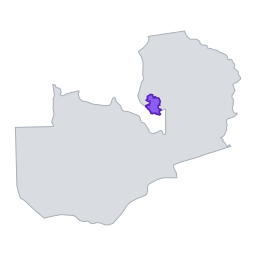 Milengi, Luapula, Zambia (highlighted)
{"feature_id": "96606910B39507061952782", "entity_name": "Milengi", "entity_type": "district", "adm_level": 2, "iso_a3": "ZMB", "parent_name": "Zambia", "parent_adm1": "Luapula", "projection": "albers", "projection_center": [29.078, -11.938], "detail": "fine", "context": "in_parent", "style": "filled", "palette": "violet", "viewbox_px": 256, "rotation_deg": 0, "n_neighbors": 0, "source": "geoboundaries", "source_scale": "gbopen_adm2", "svg_char_len": 6982}
<svg xmlns="http://www.w3.org/2000/svg" viewBox="0 0 256 256"><path d="M176.8,177.8L164.2,177.7L159.6,178.8L155.8,180.3L151.2,182.8L148.6,184.5L147.9,185.4L147.6,187.5L147.6,190.7L147.1,193.1L145.7,195.2L138.9,197.8L134.4,199.9L130.1,202.4L126.8,205.6L124.5,209.6L120.8,214.5L113.0,223.3L108.4,225.0L104.6,224.7L100.0,222.9L96.3,222.6L93.6,223.7L91.1,223.4L88.8,221.6L86.9,221.0L85.3,221.5L83.3,221.4L79.7,220.5L76.5,217.4L74.8,216.1L73.4,215.6L69.7,215.2L61.0,214.6L52.0,216.3L44.2,218.1L36.0,211.3L28.1,204.1L26.4,202.2L23.4,199.8L21.3,198.7L20.4,198.1L18.2,191.6L16.9,185.6L15.4,127.4L51.2,126.6L53.5,126.3L53.6,125.7L51.9,122.6L51.9,121.5L52.3,119.4L53.8,115.1L53.9,113.7L53.1,109.1L53.1,106.6L53.4,101.4L53.1,99.6L53.9,97.3L54.2,95.7L54.5,95.1L54.1,93.3L53.2,87.2L52.8,84.6L54.9,84.9L55.7,86.2L56.1,87.6L57.1,87.6L59.7,88.4L60.6,89.5L61.2,92.0L60.9,93.3L60.1,94.3L60.9,95.2L62.6,95.8L63.6,95.6L66.5,93.8L69.2,93.2L70.5,92.7L76.5,91.5L77.6,90.9L78.5,90.9L79.1,91.4L78.6,93.1L78.4,94.7L79.2,97.6L79.8,99.0L81.0,99.9L81.9,100.4L82.9,101.5L85.0,101.3L89.6,102.7L90.9,103.4L92.9,104.1L94.2,104.3L98.9,104.8L103.9,105.6L106.5,105.6L108.3,105.4L109.6,105.0L110.3,104.5L110.7,104.1L112.5,98.5L113.5,98.0L114.7,97.7L115.4,98.2L116.2,101.8L119.9,104.9L121.1,107.6L122.0,109.8L122.8,110.5L124.1,111.2L126.3,111.5L128.2,111.6L137.9,115.4L139.0,116.1L140.2,118.2L140.9,120.6L141.6,122.4L142.9,122.8L144.0,122.9L145.1,124.2L145.9,125.3L148.8,129.9L149.2,131.7L150.5,132.9L152.4,133.4L154.1,133.5L155.1,132.9L157.6,132.0L159.5,130.9L160.9,130.5L161.7,130.8L162.4,131.5L162.8,133.8L164.1,134.6L165.1,134.3L165.5,133.4L165.6,132.9L165.6,109.0L164.7,109.2L163.6,109.8L161.1,109.9L160.1,110.4L159.7,111.2L159.9,112.2L160.0,113.5L159.6,114.2L158.5,114.4L156.9,113.9L153.9,113.2L151.5,112.8L149.8,111.0L147.4,108.3L145.8,106.9L142.1,104.1L141.4,103.5L140.3,102.2L139.3,100.0L138.3,97.4L137.8,95.7L138.7,93.2L140.9,84.9L141.4,82.3L143.3,79.7L143.4,77.3L142.6,74.3L142.8,72.7L143.1,63.2L142.5,60.2L141.3,56.8L138.6,52.2L138.6,51.2L142.8,48.2L144.0,47.1L146.2,44.6L147.7,42.6L148.6,40.9L149.0,38.7L148.3,36.6L149.7,36.2L184.5,31.0L185.0,32.4L186.0,34.8L187.2,36.5L188.7,38.1L190.0,39.0L190.8,39.3L196.1,39.2L198.1,40.2L199.7,41.3L200.1,43.2L201.2,44.3L202.4,45.2L202.9,45.3L203.8,45.1L205.2,45.1L206.5,45.5L207.2,45.9L207.2,47.4L207.6,48.1L209.4,48.4L211.3,48.6L213.0,49.6L214.9,49.8L217.2,50.3L218.2,51.4L220.5,52.5L223.4,53.6L226.6,55.3L226.6,55.8L227.2,56.8L227.7,57.6L227.7,58.6L228.0,59.6L228.8,59.8L229.5,59.9L230.1,59.2L231.0,59.2L231.9,59.7L232.2,60.8L232.9,62.4L234.1,63.4L234.8,64.4L234.5,66.2L234.0,67.9L235.6,69.5L237.6,71.1L238.2,71.8L238.3,74.1L238.6,74.9L240.0,76.8L240.6,78.1L240.6,78.9L236.8,82.6L234.4,83.1L233.4,83.9L232.8,84.7L234.2,88.5L235.0,90.0L234.3,91.7L232.8,94.8L232.1,95.0L231.9,97.3L232.4,98.2L233.1,98.9L233.4,100.4L233.2,104.3L232.2,108.7L233.9,112.6L234.4,113.1L236.8,113.1L237.2,113.5L236.6,114.5L234.9,116.2L231.9,117.5L227.6,118.9L226.7,120.3L226.1,122.3L226.6,123.5L227.2,124.2L226.9,126.0L226.6,127.8L226.7,129.3L226.4,130.6L225.9,131.2L225.1,133.2L224.2,135.1L223.4,136.0L222.3,136.9L220.6,137.7L220.7,138.1L222.6,139.0L223.1,139.7L223.2,140.1L222.4,141.1L223.3,141.7L224.4,142.2L225.4,143.6L226.5,146.1L226.7,146.3L227.0,146.3L227.7,146.1L228.8,145.1L229.7,144.8L230.7,146.2L212.9,152.1L208.7,153.3L202.4,155.4L200.4,156.1L198.8,156.9L182.2,161.6L179.6,162.5L173.8,164.9L173.6,165.3L173.6,166.4L174.1,168.7L175.2,170.8L176.0,172.0L176.6,175.1L176.8,177.8Z" fill="#d9dde1" stroke="#a8b0b8" stroke-width="1"/><path d="M145.7,105.8L145.7,106.1L145.8,106.3L146.0,106.4L146.0,106.5L145.9,106.6L145.9,106.8L146.0,106.9L146.2,107.0L146.5,107.2L146.6,107.3L146.7,107.5L146.8,107.6L147.0,107.7L147.5,108.6L147.6,108.8L147.9,109.0L148.3,109.1L148.5,109.2L148.8,109.4L149.3,110.0L149.4,110.3L149.7,110.7L149.8,110.9L150.1,111.3L150.3,111.4L150.4,111.6L150.5,111.7L150.4,112.0L150.5,112.3L150.7,112.6L150.9,112.8L151.0,112.9L150.9,113.1L150.9,113.3L151.0,113.5L151.3,113.5L151.5,113.5L151.8,113.6L152.0,113.4L152.3,113.3L152.5,113.4L152.6,113.7L152.8,113.6L153.0,113.5L153.2,113.4L153.4,113.4L153.7,113.2L154.0,113.3L154.3,113.3L154.6,113.3L154.8,113.4L155.0,113.3L155.3,113.3L155.2,113.2L155.3,113.1L155.5,113.0L155.8,113.4L155.9,113.5L156.0,113.5L156.1,113.8L156.0,114.0L156.4,114.2L156.5,114.2L156.6,114.4L156.9,114.4L157.1,114.1L157.3,114.0L157.5,114.1L157.8,114.3L158.0,114.3L158.2,114.5L158.5,114.7L159.2,114.8L159.3,114.9L159.4,115.0L159.5,115.0L159.7,114.8L159.8,114.8L160.0,114.6L160.3,114.5L160.5,114.2L160.5,113.9L160.4,113.7L160.2,113.7L160.1,113.8L159.9,113.8L159.7,113.7L159.5,113.3L159.2,112.5L159.1,112.2L159.5,111.3L159.5,111.0L159.6,110.8L160.0,110.5L160.3,110.4L160.5,110.5L160.8,110.2L160.9,109.9L161.1,109.9L161.0,109.7L160.8,109.4L160.6,109.3L160.3,109.1L160.1,109.1L159.9,109.1L159.5,108.9L159.4,108.9L159.0,109.0L158.9,109.0L158.8,108.9L158.7,108.8L158.6,108.7L158.5,108.4L158.3,107.4L158.0,106.7L158.0,106.4L157.9,106.1L158.1,105.9L158.3,105.7L158.6,105.6L158.8,105.6L159.2,105.4L159.3,105.4L159.8,105.1L159.5,104.9L159.3,104.7L159.2,104.4L159.3,104.2L159.3,103.9L159.4,103.7L159.6,103.6L159.7,103.4L159.7,103.2L159.9,103.0L160.0,102.7L160.1,102.3L160.1,102.2L160.2,101.9L160.2,101.1L160.2,100.9L159.8,100.6L159.7,100.5L159.6,100.1L159.7,99.9L159.5,99.5L159.4,99.4L159.3,99.1L159.2,99.0L159.1,98.7L158.9,98.4L158.8,98.1L158.7,98.0L158.6,97.9L158.0,98.0L157.7,98.0L157.5,97.9L157.0,97.9L156.7,97.9L156.3,97.6L156.1,97.4L155.8,97.2L155.6,96.9L155.4,96.8L155.4,97.0L155.3,97.3L155.0,97.5L154.9,97.7L154.8,97.8L154.7,97.9L154.6,98.0L154.3,98.1L154.1,98.1L153.9,98.1L153.7,98.1L153.8,97.9L153.7,97.9L153.5,97.7L153.5,97.4L153.5,97.2L153.8,97.0L153.6,96.9L153.6,96.7L153.3,96.6L153.2,96.6L152.9,96.4L152.8,96.2L152.7,96.1L152.6,95.8L152.6,95.7L152.6,95.3L152.7,95.2L152.7,94.8L152.4,94.7L152.2,94.7L151.9,94.7L151.7,94.5L151.5,94.4L151.3,94.4L151.1,94.5L150.8,94.8L150.6,94.8L149.9,94.5L149.3,95.2L149.1,95.4L148.3,95.8L148.1,95.9L147.8,96.3L147.3,96.4L147.2,96.6L147.5,97.5L147.6,98.0L147.6,98.4L147.5,98.5L147.4,98.5L147.2,98.8L147.0,99.1L146.9,99.2L146.9,99.3L146.7,99.4L146.7,99.6L146.8,99.6L146.7,99.7L146.8,99.7L146.7,99.8L146.8,99.8L146.7,99.9L146.8,99.9L146.8,100.0L146.9,100.4L146.9,100.6L147.1,100.8L147.2,101.0L147.3,101.1L147.5,101.2L147.9,101.3L148.1,101.3L148.3,101.4L148.4,101.5L148.7,101.4L148.8,101.4L149.0,101.3L149.3,101.4L149.4,101.5L149.5,101.5L149.7,101.8L149.8,101.7L149.8,101.8L150.0,101.9L150.0,102.0L150.2,102.3L150.2,102.5L150.1,102.8L150.1,103.0L149.9,103.2L149.8,103.3L149.5,103.5L149.4,103.8L149.4,104.0L149.5,104.1L149.4,104.2L149.4,104.3L149.4,104.6L149.4,104.8L149.3,104.7L149.3,104.8L149.2,104.8L149.0,105.0L148.9,105.0L148.7,104.8L148.6,104.7L148.4,104.7L148.4,104.8L148.2,104.8L147.9,104.9L147.7,104.9L147.6,105.1L147.4,105.2L147.3,105.3L147.2,105.3L146.9,105.5L146.7,105.7L146.6,105.4L146.6,105.5L146.4,105.5L146.1,105.5L146.1,105.4L145.9,105.5L145.7,105.8Z" fill="#8b5cf6" stroke="#5b21b6" stroke-width="1.5"/></svg>